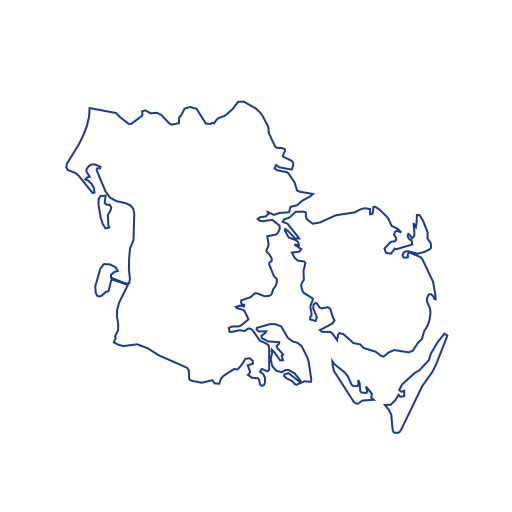 the border of Syddanmark, rotated 10°
{"feature_id": "DNK-3417", "entity_name": "Syddanmark", "entity_type": "Region", "adm_level": 1, "iso_a3": "DNK", "parent_name": "Denmark", "parent_adm1": "", "projection": "albers", "projection_center": [9.703, 55.339], "detail": "fine", "context": "isolated", "style": "outline", "palette": "blue", "viewbox_px": 512, "rotation_deg": 10, "n_neighbors": 0, "source": "natural_earth", "source_scale": "10m", "svg_char_len": 6133}
<svg xmlns="http://www.w3.org/2000/svg" viewBox="0 0 512 512"><g transform="rotate(10 256 256)"><path d="M224.7,390.2L214.2,390.1L211.7,389.1L209.6,380.1L207.3,378.0L176.9,370.5L165.8,365.8L154.3,363.6L141.2,367.7L135.9,367.3L130.9,365.7L132.1,361.4L131.1,359.7L133.1,352.9L132.0,346.5L129.8,340.4L128.6,334.0L129.2,326.0L134.8,306.8L118.0,304.0L117.5,306.1L117.0,315.7L116.0,316.9L114.6,317.2L110.8,321.9L108.6,323.2L106.4,322.7L104.5,319.9L103.0,313.7L104.9,295.3L107.6,290.4L113.6,289.6L119.5,291.5L122.5,294.7L119.0,296.5L116.5,299.7L116.9,302.5L133.0,305.8L135.9,304.7L135.7,300.0L133.2,291.5L131.5,280.8L130.6,270.1L132.6,261.7L128.8,235.6L126.9,230.8L123.4,227.9L118.3,226.6L108.9,226.2L102.2,223.9L96.5,218.4L84.1,199.0L84.3,197.3L87.2,196.8L87.3,195.2L81.4,193.7L78.2,194.5L75.7,196.5L74.0,200.0L74.4,202.3L78.5,206.9L76.3,207.8L74.5,210.2L77.7,210.9L81.5,213.5L84.6,217.3L85.9,221.6L84.1,222.3L67.5,207.8L64.1,205.7L55.9,204.0L53.8,201.8L53.7,198.1L62.1,177.0L64.9,167.4L66.9,157.2L67.4,147.2L66.4,139.2L93.4,139.5L97.7,142.7L107.8,148.0L110.3,147.5L119.3,137.8L119.7,136.6L118.7,133.4L121.7,131.8L127.4,133.8L133.6,132.2L138.1,133.4L147.8,140.6L150.2,141.3L157.0,138.6L156.3,132.7L157.9,130.5L160.1,123.2L165.2,120.7L172.0,121.4L183.6,134.3L188.4,133.8L189.9,132.4L191.7,132.6L193.0,129.5L195.0,126.8L201.2,123.2L207.7,115.0L211.6,107.3L216.9,106.1L229.9,110.6L234.3,113.4L237.8,116.5L244.8,125.5L245.9,127.3L247.3,132.7L255.9,145.0L258.1,145.8L263.1,145.2L265.8,145.8L266.4,147.2L265.1,151.7L265.4,153.5L274.6,156.1L276.2,157.6L276.9,159.7L276.2,164.7L263.3,164.6L260.0,163.0L259.0,166.5L261.9,167.9L272.0,168.1L273.8,169.2L281.1,176.7L285.0,184.3L287.8,185.1L301.3,185.0L299.0,187.9L291.7,193.7L287.8,198.8L281.4,201.6L281.1,206.2L280.6,207.3L271.7,209.5L266.6,212.4L259.9,210.7L260.8,212.4L258.8,215.3L253.6,217.0L251.2,219.2L253.7,220.7L256.3,220.6L265.9,217.6L274.0,222.1L274.6,224.9L274.0,228.3L272.4,231.2L263.7,234.6L266.6,243.1L265.4,248.1L265.6,249.9L268.5,251.8L271.9,255.7L272.3,258.2L270.4,260.1L270.4,262.0L277.1,272.7L280.5,275.0L281.1,279.1L280.6,282.0L278.6,286.0L278.2,290.0L277.4,291.8L275.6,293.1L271.4,294.1L263.1,292.6L261.2,293.1L257.7,297.6L249.3,302.1L249.3,304.3L250.4,306.1L252.9,306.1L252.9,307.8L248.7,307.7L245.0,309.7L246.4,310.7L252.3,311.2L254.2,312.1L259.6,319.7L253.5,326.9L250.9,328.4L244.3,329.7L241.8,331.6L243.0,335.1L244.7,335.2L252.8,331.9L257.7,331.9L260.9,328.9L262.5,328.4L265.6,329.7L274.3,338.6L282.1,340.7L284.1,342.1L285.2,345.8L288.7,365.8L287.1,367.6L281.3,366.2L280.1,369.3L283.6,371.0L286.0,374.3L286.8,379.3L286.2,381.8L284.1,382.9L282.4,381.9L280.4,377.2L279.2,376.1L273.2,376.6L268.7,374.5L270.0,372.6L270.3,371.0L266.8,365.1L271.7,362.6L270.9,359.7L267.5,357.8L263.5,359.0L260.8,365.5L257.6,371.0L254.2,371.0L244.7,379.8L242.8,382.9L241.9,388.2L237.4,388.6L234.5,385.9L224.7,390.2ZM423.0,324.4L408.6,324.6L403.5,327.8L399.2,332.9L396.1,332.5L390.5,329.5L377.8,327.9L374.1,325.0L367.0,324.8L355.7,317.8L351.6,317.4L350.5,319.3L350.5,324.8L344.9,319.2L342.6,317.9L334.3,319.2L331.8,317.9L342.6,309.5L344.5,305.9L342.0,302.4L338.3,295.1L335.6,294.0L330.2,296.1L327.9,295.9L324.6,292.6L322.8,291.8L321.1,294.0L321.5,297.9L326.5,305.5L326.0,309.6L320.3,309.1L320.1,306.1L320.9,305.2L320.7,303.1L318.6,297.6L318.3,295.0L319.5,289.9L319.3,288.0L309.6,284.1L308.1,282.7L305.7,277.9L305.7,274.9L307.3,271.2L305.4,262.7L305.8,254.2L304.3,253.0L298.0,253.3L294.1,250.8L290.7,246.4L298.0,244.2L299.4,241.4L291.7,238.0L296.5,238.0L295.1,235.1L292.5,233.5L284.9,232.0L280.1,226.0L280.1,224.4L283.9,226.2L291.8,232.2L295.5,231.2L281.5,218.8L276.3,217.7L277.4,215.1L282.2,212.4L287.4,205.6L295.0,204.1L297.6,204.5L298.1,207.9L299.4,210.7L306.2,214.4L313.5,211.7L327.4,202.1L345.6,195.9L351.7,191.3L355.2,190.0L360.1,190.0L361.2,195.1L363.1,194.3L363.6,192.4L363.1,187.3L365.0,186.8L369.4,188.8L379.2,195.4L384.4,202.8L390.7,204.6L395.0,207.6L390.5,206.7L388.8,208.0L388.2,211.0L390.8,213.7L391.2,215.2L390.5,217.3L386.4,218.6L381.2,226.3L383.5,230.4L388.6,230.2L391.3,224.6L392.9,225.0L407.8,217.6L406.8,214.2L403.5,212.3L401.8,209.9L402.2,207.8L403.9,208.6L406.6,211.6L408.4,208.8L407.8,204.9L405.4,196.3L408.4,199.7L408.4,195.5L407.3,187.6L410.0,187.4L414.2,192.0L421.0,203.1L421.8,208.8L425.9,213.2L426.9,216.6L426.6,218.6L421.3,222.7L414.7,225.7L405.0,224.9L402.6,225.5L400.9,227.0L400.2,230.1L401.5,231.7L403.8,231.8L405.9,230.4L405.1,228.4L406.1,225.8L418.4,228.6L420.5,230.4L434.8,250.6L439.5,263.4L440.4,267.5L439.3,267.5L437.6,264.9L435.0,263.2L432.7,263.9L431.7,268.4L432.5,271.4L436.4,277.4L437.6,281.1L438.0,286.5L437.7,291.4L436.8,295.6L434.7,300.7L433.8,308.9L430.4,313.7L426.9,322.0L423.0,324.4ZM324.1,347.0L326.2,350.9L331.9,368.0L331.8,370.5L325.7,370.9L318.0,375.9L316.0,375.1L313.6,373.1L307.0,371.0L304.6,369.3L304.6,367.6L308.4,365.7L321.4,372.7L321.4,371.0L314.5,364.9L308.0,362.6L305.1,363.0L301.6,365.9L296.1,365.6L291.2,361.7L288.4,355.2L288.8,347.1L288.0,347.1L287.9,345.5L291.1,347.8L297.9,354.6L300.7,353.9L298.6,349.7L299.9,348.4L293.0,342.9L292.0,341.0L293.8,338.6L293.8,336.9L282.6,338.0L276.0,335.8L275.2,333.5L278.4,330.4L279.2,328.4L271.9,329.8L269.4,328.4L269.4,326.6L282.0,320.5L287.0,319.8L293.0,320.9L301.5,331.0L306.0,333.5L312.3,334.4L316.9,337.2L324.1,347.0ZM444.3,328.7L445.2,321.7L449.8,309.3L455.1,299.7L458.3,301.2L452.1,332.0L449.5,340.2L442.3,355.3L429.2,401.5L427.8,404.6L425.8,405.7L422.4,405.9L420.7,403.5L416.8,388.9L413.3,384.1L408.8,380.4L414.5,379.1L418.5,373.3L420.5,367.9L422.6,369.6L426.3,368.3L425.3,363.0L422.8,364.5L420.3,363.1L422.2,357.1L433.0,343.2L436.4,340.6L444.3,328.7ZM387.0,365.4L394.1,371.6L394.1,375.5L396.9,377.2L385.7,379.9L382.7,383.3L380.9,384.1L377.6,382.7L352.8,355.8L350.4,350.3L349.5,346.4L351.6,348.7L363.8,355.4L367.4,358.6L372.6,366.3L374.7,367.2L378.6,366.5L379.2,364.5L378.2,360.4L380.2,363.3L382.0,370.7L383.6,372.2L388.6,371.7L389.0,369.7L387.0,365.4ZM106.5,253.5L103.0,254.9L99.3,250.9L96.2,244.7L92.0,232.8L91.1,227.4L92.6,223.9L97.4,222.7L97.8,230.1L100.1,231.5L103.0,231.0L105.0,233.1L104.9,236.0L103.0,241.5L105.3,251.4L106.5,253.5Z" fill="none" stroke="#1e3a8a" stroke-width="2"/></g></svg>